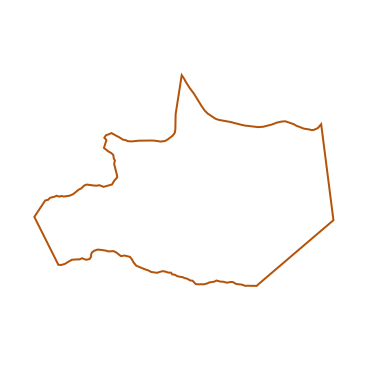 Coelho Neto, Maranhão, Brazil (Mercator projection), rotated 287°
{"feature_id": "56859067B80380733340566", "entity_name": "Coelho Neto", "entity_type": "district", "adm_level": 2, "iso_a3": "BRA", "parent_name": "Brazil", "parent_adm1": "Maranhão", "projection": "mercator", "projection_center": [-43.134, -4.232], "detail": "fine", "context": "isolated", "style": "outline", "palette": "amber", "viewbox_px": 384, "rotation_deg": 287, "n_neighbors": 0, "source": "geoboundaries", "source_scale": "gbopen_adm2", "svg_char_len": 2070}
<svg xmlns="http://www.w3.org/2000/svg" viewBox="0 0 384 384"><g transform="rotate(287 192 192)"><path d="M121.1,281.3L123.4,282.6L138.0,291.9L176.3,316.3L206.4,335.5L294.6,295.7L290.0,293.7L287.3,290.7L286.2,288.7L286.1,285.9L285.3,280.4L285.7,275.5L285.8,272.8L286.6,269.5L286.9,260.5L285.5,257.0L283.3,253.1L279.7,248.4L275.1,240.8L273.3,236.0L272.8,233.0L271.0,223.2L270.7,219.5L270.6,217.4L270.2,208.2L269.8,205.0L269.4,201.6L268.8,196.5L268.9,193.2L271.5,184.3L273.7,180.2L277.0,176.0L286.6,165.1L291.0,159.1L295.8,153.5L297.8,151.6L300.7,148.0L268.6,152.6L261.6,153.6L246.9,157.8L243.4,158.2L240.2,157.0L235.1,153.4L232.9,151.3L231.1,147.4L230.1,140.9L229.4,138.2L225.5,126.1L222.8,119.7L221.8,115.7L222.2,113.8L221.9,110.7L223.2,105.9L223.5,103.8L224.8,97.8L222.7,95.3L221.1,93.1L218.3,92.3L216.6,95.0L208.4,94.9L206.3,100.2L205.7,103.3L204.5,105.8L201.1,107.5L199.6,109.1L196.1,109.3L186.4,115.2L184.1,116.2L182.3,115.4L180.4,114.4L175.8,113.3L171.1,106.0L171.4,101.2L170.3,99.4L169.3,95.3L168.8,91.9L168.3,89.0L166.5,86.9L163.1,85.1L161.3,83.1L155.1,78.9L152.7,76.1L150.2,70.8L149.9,68.0L148.7,66.4L148.9,63.8L147.6,62.3L144.9,57.9L142.5,56.7L141.0,54.1L122.1,48.5L83.3,85.5L84.1,88.6L86.4,91.8L89.1,94.1L92.1,97.0L93.8,101.3L94.6,104.0L96.5,106.2L96.3,108.2L96.3,110.8L98.0,113.7L100.6,114.4L102.9,113.8L104.9,114.0L107.2,115.6L109.3,118.5L109.9,121.1L110.8,127.0L110.7,129.2L112.5,134.3L112.2,136.4L111.7,138.3L110.9,140.1L109.9,142.8L111.5,146.0L111.7,149.0L111.8,151.6L109.9,154.4L107.9,156.3L105.2,160.3L104.3,169.6L104.3,172.8L103.6,176.4L104.5,182.2L106.4,184.9L107.6,186.8L108.1,189.3L108.0,192.9L108.7,195.5L107.4,197.3L107.9,199.7L107.2,202.4L107.4,205.2L107.8,207.9L107.5,210.3L107.7,213.0L106.9,215.9L107.3,218.5L106.2,220.5L105.0,222.5L105.8,225.9L106.5,227.7L106.9,229.7L108.9,233.2L110.5,234.8L111.8,237.5L112.7,239.4L114.5,241.3L114.6,245.1L115.4,248.5L115.4,251.8L117.3,255.4L117.8,257.4L117.0,261.0L117.4,263.6L118.0,266.7L117.8,270.2L118.9,273.5L119.7,276.5L120.5,279.0L121.1,281.3Z" fill="none" stroke="#b45309" stroke-width="2"/></g></svg>